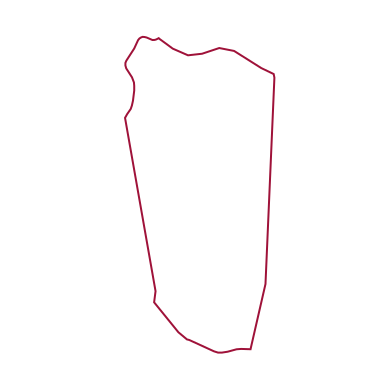 outline of Manchester, rotated 196°
{"feature_id": "JAM-1372", "entity_name": "Manchester", "entity_type": "Parish", "adm_level": 1, "iso_a3": "JAM", "parent_name": "Jamaica", "parent_adm1": "", "projection": "mercator", "projection_center": [-77.454, 18.04], "detail": "fine", "context": "isolated", "style": "outline", "palette": "rose", "viewbox_px": 384, "rotation_deg": 196, "n_neighbors": 0, "source": "natural_earth", "source_scale": "10m", "svg_char_len": 716}
<svg xmlns="http://www.w3.org/2000/svg" viewBox="0 0 384 384"><g transform="rotate(196 192 192)"><path d="M266.4,330.7L265.7,330.3L250.0,324.5L233.5,322.3L220.4,327.7L205.5,337.9L190.4,339.2L159.5,330.2L146.0,327.9L144.3,324.6L96.0,123.8L92.4,57.0L101.5,54.7L105.8,53.1L113.7,48.3L118.9,45.9L122.8,44.8L126.9,44.9L154.0,49.0L156.2,48.9L166.4,53.4L198.0,75.5L199.7,86.6L276.8,244.8L275.8,249.0L273.8,254.9L273.6,258.5L273.9,263.5L275.5,273.6L276.8,278.1L278.0,281.3L281.3,285.7L289.3,292.7L290.9,295.3L291.6,297.8L291.3,300.2L287.1,314.0L285.7,323.1L284.9,325.0L283.7,326.4L282.3,327.5L280.4,327.9L278.2,328.0L271.9,327.2L269.8,327.9L268.4,328.8L266.4,330.7Z" fill="none" stroke="#9f1239" stroke-width="2"/></g></svg>